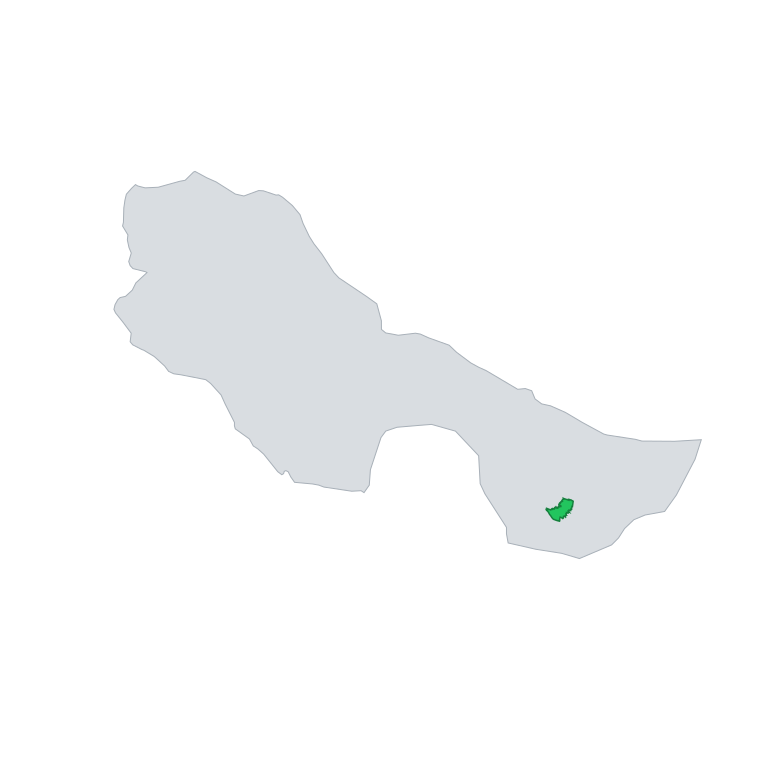 Usmas pag., Ventspils, Latvia (highlighted), rotated 205°
{"feature_id": "27541924B16194119386281", "entity_name": "Usmas pag.", "entity_type": "district", "adm_level": 2, "iso_a3": "LVA", "parent_name": "Latvia", "parent_adm1": "Ventspils", "projection": "equal_earth", "projection_center": [22.177, 57.218], "detail": "fine", "context": "in_parent", "style": "filled", "palette": "green", "viewbox_px": 768, "rotation_deg": 205, "n_neighbors": 0, "source": "geoboundaries", "source_scale": "gbopen_adm2", "svg_char_len": 5339}
<svg xmlns="http://www.w3.org/2000/svg" viewBox="0 0 768 768"><g transform="rotate(205 384 384)"><path d="M559.4,510.9L554.9,510.4L542.4,507.0L531.7,502.0L525.2,495.3L514.1,486.2L506.8,481.5L495.5,475.7L476.5,463.8L469.7,461.1L436.4,455.9L424.4,453.6L413.1,440.2L409.4,432.4L404.0,431.0L398.1,432.6L391.7,434.2L377.0,443.3L372.2,444.6L363.0,444.7L341.4,446.7L331.6,443.4L314.4,439.8L305.2,439.2L297.0,439.3L260.6,435.7L254.0,439.6L247.3,440.3L240.8,434.3L232.7,432.6L223.8,434.6L207.5,434.9L188.2,433.0L163.7,431.5L160.1,432.1L132.8,440.1L126.1,441.3L96.4,454.9L72.9,467.6L70.3,447.3L72.1,407.0L75.8,387.1L92.0,375.6L100.2,366.6L104.9,354.6L106.4,343.6L109.7,334.4L133.1,308.4L151.5,305.6L176.5,298.4L204.3,292.4L209.7,300.0L212.4,305.8L246.1,327.1L254.7,334.3L267.9,359.0L299.3,371.5L323.8,367.5L334.4,361.5L353.9,350.3L362.5,342.1L364.1,334.2L360.1,300.6L354.6,286.1L356.2,277.1L359.7,277.6L367.9,273.2L394.9,265.2L400.4,264.8L406.5,263.2L423.5,257.1L429.1,260.3L433.8,264.0L436.3,264.0L437.5,262.7L437.1,260.3L438.3,258.6L443.2,259.6L463.4,269.6L471.1,271.9L476.3,272.6L482.7,277.3L499.8,280.5L501.9,282.9L503.3,286.0L519.6,298.8L527.0,305.2L541.3,311.2L547.4,312.6L572.0,306.5L578.8,304.4L584.5,304.4L590.4,307.6L603.8,311.8L615.9,313.1L618.1,312.9L628.3,313.3L631.9,315.0L634.6,323.2L646.5,329.6L657.4,335.0L660.3,337.5L661.3,342.3L660.9,347.9L659.7,350.8L655.3,354.2L651.8,362.7L651.6,370.8L645.9,384.8L647.4,385.0L660.3,382.5L664.1,384.0L667.1,387.1L668.4,395.9L672.8,399.9L677.5,406.1L679.1,410.9L687.7,416.7L688.5,420.4L694.2,433.6L696.5,441.2L697.7,447.1L695.5,454.6L693.5,459.7L690.9,459.4L683.4,460.8L671.8,466.9L654.8,481.4L650.3,484.6L646.2,495.6L645.1,496.8L634.8,496.2L632.0,496.0L621.6,496.2L599.0,493.3L590.4,495.2L579.3,506.4L574.9,508.1L561.7,509.6L559.4,510.9Z" fill="#d9dde1" stroke="#a8b0b8" stroke-width="1"/><path d="M174.6,348.8L174.6,348.7L174.4,348.5L174.4,348.4L174.2,348.3L173.6,348.3L173.2,348.3L172.8,348.3L172.4,348.4L172.3,348.2L172.2,348.0L172.0,347.8L172.0,347.7L171.9,347.6L172.0,347.5L172.3,347.5L172.6,347.6L172.8,347.6L173.3,347.4L173.3,347.5L173.6,347.6L173.8,347.6L173.9,347.4L173.7,347.2L173.2,347.1L173.3,347.0L173.3,346.8L173.3,346.7L173.4,346.3L173.8,346.1L174.1,346.2L174.1,345.6L174.1,345.4L174.3,345.4L174.6,345.5L174.8,345.4L174.7,345.3L174.8,345.2L174.8,344.9L174.8,344.7L174.6,344.6L174.8,344.5L175.4,344.6L175.5,344.6L175.6,344.9L175.8,345.0L176.0,345.1L176.3,345.3L176.4,344.9L176.5,344.8L176.8,344.5L177.0,344.3L177.0,344.1L177.0,343.7L176.7,343.4L176.8,342.9L176.8,342.7L177.1,342.6L177.4,342.7L177.5,342.7L178.2,342.6L178.2,342.3L178.7,342.3L179.0,342.1L178.9,341.9L178.7,341.8L178.7,341.7L178.9,341.6L178.9,341.4L178.7,341.3L179.0,341.1L179.3,341.1L179.5,341.1L179.6,340.9L179.7,340.3L183.5,340.1L183.4,339.9L183.5,339.9L183.4,339.8L183.4,339.7L183.6,339.4L184.1,339.0L184.0,338.9L183.9,338.8L183.9,339.0L183.6,339.0L183.4,339.1L183.2,339.2L182.9,339.1L183.0,339.0L182.9,339.0L183.0,339.0L182.9,338.9L183.0,338.9L182.8,338.8L182.8,338.7L182.7,338.6L182.7,338.2L182.2,338.0L180.7,337.2L178.7,335.7L178.2,335.5L177.3,335.1L176.3,334.4L174.3,333.3L173.1,333.0L172.9,333.0L172.7,333.1L172.2,333.1L169.8,333.3L169.3,333.4L168.8,333.5L168.6,333.5L168.4,333.8L168.2,333.9L167.8,333.7L167.1,333.7L167.0,333.8L166.9,333.9L167.0,334.5L167.2,335.0L167.3,335.1L167.4,335.4L167.6,335.6L167.7,335.9L167.7,336.0L167.8,336.1L168.1,337.8L166.7,337.9L166.2,337.7L165.7,337.8L165.5,337.7L165.1,337.8L164.5,338.0L164.3,338.0L164.7,338.1L164.8,338.0L164.9,338.5L165.2,338.8L165.3,339.1L165.3,339.3L165.2,339.6L165.2,339.8L165.3,340.0L164.5,340.3L163.8,340.3L163.7,340.3L163.8,340.4L163.8,340.5L163.7,340.4L163.7,340.5L163.7,340.8L163.6,341.0L163.5,341.4L163.6,341.5L163.8,341.6L163.7,341.7L163.5,341.8L163.4,341.9L163.5,341.9L163.4,342.0L163.5,342.1L163.6,342.3L163.6,342.5L163.8,342.8L163.8,343.0L164.1,343.2L164.2,343.3L164.3,343.3L164.4,343.5L164.2,343.7L164.1,343.8L164.1,344.0L163.9,344.1L163.8,344.3L163.7,344.5L163.8,344.6L163.3,344.6L163.3,344.9L162.5,344.9L162.4,345.4L162.6,345.6L162.8,345.8L162.3,346.1L162.2,346.1L161.9,346.1L162.4,346.4L162.7,346.5L162.9,346.6L162.6,346.7L162.8,346.6L163.0,346.6L163.4,346.8L163.1,347.2L162.8,347.2L162.8,347.3L162.9,347.5L163.0,347.6L163.1,347.9L162.8,348.0L162.4,348.1L162.0,348.0L161.4,348.1L161.8,349.3L161.7,349.3L161.2,349.3L161.0,350.0L161.4,350.2L161.8,351.5L162.0,352.4L161.4,352.5L163.0,357.7L163.4,357.8L163.6,357.8L163.9,357.8L164.3,357.7L164.4,357.8L164.8,357.9L165.0,358.0L165.4,357.9L165.6,357.8L165.8,357.8L165.9,357.7L166.0,357.7L166.2,357.8L166.3,357.8L166.4,357.7L166.5,357.6L166.8,357.4L166.9,357.5L167.0,357.6L167.3,357.7L167.6,357.6L167.3,357.4L167.2,357.3L167.1,357.0L167.1,356.8L172.4,356.2L172.5,356.2L172.2,356.0L172.1,355.9L171.9,355.8L172.0,355.8L172.2,355.7L172.5,355.6L172.7,355.4L172.9,355.4L173.0,355.4L173.1,355.5L173.2,355.3L172.8,355.2L173.1,354.9L173.2,354.5L173.3,354.3L173.3,354.0L173.4,353.8L173.5,353.7L173.5,353.4L173.4,353.3L173.2,353.1L173.0,352.9L172.9,352.9L173.0,352.7L173.5,352.6L173.8,352.4L173.9,352.2L173.8,351.8L173.8,351.6L173.7,351.5L173.7,351.4L173.7,351.2L173.8,351.0L173.8,350.9L173.9,351.0L174.0,350.9L174.3,350.9L174.4,350.7L174.5,350.4L174.4,350.3L174.5,350.2L174.5,349.9L174.5,349.6L174.6,349.4L174.6,349.2L174.5,348.9L174.6,348.8Z" fill="#22c55e" stroke="#15803d" stroke-width="1.5"/></g></svg>